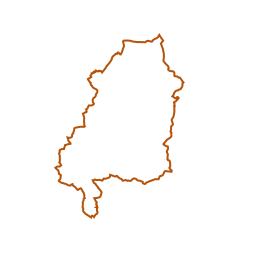 Rocafuerte, Manabi, Ecuador (Natural Earth projection), rotated 123°
{"feature_id": "8360857B52091379979635", "entity_name": "Rocafuerte", "entity_type": "district", "adm_level": 2, "iso_a3": "ECU", "parent_name": "Ecuador", "parent_adm1": "Manabi", "projection": "natural_earth1", "projection_center": [-80.385, -0.898], "detail": "fine", "context": "isolated", "style": "outline", "palette": "amber", "viewbox_px": 256, "rotation_deg": 123, "n_neighbors": 0, "source": "geoboundaries", "source_scale": "gbopen_adm2", "svg_char_len": 5873}
<svg xmlns="http://www.w3.org/2000/svg" viewBox="0 0 256 256"><g transform="rotate(123 128 128)"><path d="M221.3,108.0L220.7,108.1L218.2,108.0L217.3,107.5L216.5,107.3L215.9,107.4L215.3,107.6L215.0,107.8L214.7,108.6L213.9,109.3L211.7,110.5L211.3,110.5L211.3,110.8L211.6,111.5L211.1,111.3L210.4,111.3L209.9,111.7L209.7,112.5L209.2,113.3L207.8,113.4L207.4,113.6L207.2,114.0L207.0,115.1L205.8,117.0L205.3,118.0L204.6,117.3L203.9,116.3L202.7,115.1L201.4,114.1L200.8,113.9L199.8,114.0L198.0,114.5L196.2,115.2L195.2,117.6L194.4,120.7L194.1,120.8L193.8,121.5L193.5,122.4L193.4,123.2L192.6,124.7L192.6,125.4L192.6,126.3L192.5,126.8L192.2,127.4L191.0,129.1L190.3,128.2L189.2,127.7L189.1,126.8L189.0,126.4L188.3,125.2L187.4,124.3L187.1,123.7L186.5,122.2L186.4,121.2L184.9,120.7L183.7,120.9L183.4,120.5L182.9,119.3L180.7,117.5L179.5,116.7L178.2,116.7L177.9,116.9L177.0,117.5L176.3,115.1L176.2,114.0L176.0,113.3L175.3,111.8L174.6,111.5L174.2,111.2L174.2,110.9L174.5,109.9L174.7,107.8L174.7,106.9L174.4,106.2L174.4,105.9L174.4,105.5L175.1,103.6L173.5,102.2L172.9,101.7L172.5,99.5L172.2,99.4L171.7,98.9L171.4,97.6L171.0,97.2L170.3,96.7L168.0,96.2L167.5,96.0L166.8,95.0L166.4,94.0L166.3,93.4L166.6,92.4L166.6,91.2L166.3,90.2L165.6,88.9L165.4,87.2L165.1,86.5L166.3,85.3L165.8,83.4L165.3,83.0L164.2,83.0L163.8,82.9L162.7,82.0L160.3,80.6L159.5,79.7L158.2,78.9L157.4,78.2L156.3,77.6L156.0,77.2L155.6,76.4L154.3,74.5L151.2,75.0L150.4,74.6L150.0,73.9L149.6,73.7L148.5,73.2L147.8,73.2L146.5,73.4L145.2,73.5L144.3,73.5L143.9,73.4L143.6,73.0L142.5,70.5L141.9,69.7L141.4,68.3L141.0,67.7L140.0,68.1L139.8,68.5L139.4,70.7L139.1,71.4L138.6,71.7L137.5,71.5L137.1,71.7L134.3,73.7L133.0,75.0L132.8,75.5L132.8,75.9L133.2,76.5L133.2,76.9L132.7,78.0L131.7,78.3L130.1,79.5L128.5,80.1L127.6,81.4L127.3,82.0L126.7,82.6L125.7,82.9L123.8,83.0L123.2,83.3L122.5,84.1L121.9,84.4L122.3,85.9L122.5,88.0L122.5,88.7L122.2,89.5L121.1,89.5L120.0,89.2L119.0,89.2L117.9,88.9L116.6,89.0L115.0,88.1L114.2,87.9L113.1,87.4L111.9,87.1L111.1,87.2L108.7,89.0L108.1,89.1L108.1,90.0L107.9,90.4L105.5,91.2L104.6,91.9L103.0,92.7L100.7,92.2L100.0,92.7L97.6,95.7L97.1,95.9L94.3,96.0L92.4,96.5L90.7,97.2L88.1,98.5L87.5,99.1L86.5,99.8L84.2,100.8L84.4,101.3L82.4,102.1L81.9,103.0L81.5,103.4L81.0,103.4L80.2,102.8L79.6,102.6L79.0,102.3L78.1,102.4L77.2,101.9L76.7,102.0L75.6,101.8L75.3,101.9L75.0,103.0L75.1,103.4L75.5,103.7L76.5,103.6L77.2,104.4L77.4,104.7L77.2,106.7L77.3,108.0L75.3,107.8L73.5,108.4L70.9,108.1L70.3,107.8L69.9,107.4L69.3,106.6L69.1,106.6L68.1,106.2L66.9,105.2L66.5,105.0L66.0,105.2L65.0,105.0L63.5,105.1L62.5,105.6L60.7,106.8L60.4,106.7L60.5,106.4L59.6,106.3L59.6,106.5L59.4,106.8L58.5,109.4L57.8,110.9L57.5,111.8L57.8,112.6L58.1,112.9L58.0,114.8L59.0,116.8L59.0,117.5L58.4,117.9L56.6,119.1L56.2,119.5L55.9,120.8L56.1,121.4L57.3,123.7L57.4,124.9L57.4,125.7L57.0,126.1L56.6,126.4L55.8,126.4L54.8,127.2L54.3,128.1L53.5,132.0L52.4,134.8L51.7,135.3L49.8,136.1L48.5,136.8L46.2,138.4L44.0,140.6L42.9,141.5L39.3,146.4L35.6,146.1L34.2,149.7L32.9,152.5L35.5,152.3L37.3,153.0L38.9,154.2L40.9,154.9L42.4,154.9L42.7,155.1L43.9,158.6L44.3,159.2L45.4,159.8L46.7,160.2L47.6,161.8L49.1,164.2L49.6,165.3L50.5,166.2L53.0,171.4L53.4,173.2L54.7,175.7L56.7,178.7L57.1,179.2L57.9,179.3L58.4,179.0L60.8,176.6L61.1,176.2L61.9,175.8L63.9,175.5L67.7,174.4L70.3,174.2L70.4,174.4L70.5,175.0L70.0,176.9L70.1,177.5L71.7,177.5L71.9,177.6L71.9,178.3L72.2,178.6L73.2,178.9L74.2,179.0L75.7,179.6L77.7,179.7L79.5,179.0L83.5,179.0L84.6,179.2L86.9,179.4L87.2,179.7L89.5,179.5L92.4,179.6L95.6,180.0L94.9,181.4L95.2,181.8L95.6,183.4L95.9,183.6L96.4,183.4L96.9,184.0L97.2,185.0L97.2,186.0L97.4,186.5L98.1,186.3L98.8,185.9L99.5,187.4L99.9,187.4L100.5,186.8L101.8,188.2L102.1,187.8L104.5,188.0L105.2,186.6L106.1,187.1L107.0,187.3L108.4,188.2L108.8,188.3L109.5,187.1L110.3,184.9L110.5,183.8L110.9,183.8L110.9,183.7L112.1,182.4L112.2,182.0L112.2,181.2L113.0,179.9L113.2,178.0L112.9,176.5L112.9,174.9L113.0,174.5L113.8,173.7L115.0,173.2L116.7,173.3L119.1,172.5L120.3,172.6L121.8,173.3L123.2,173.1L123.8,172.8L125.4,171.6L126.1,170.3L126.2,169.8L126.6,169.7L127.6,170.0L128.9,170.8L129.4,171.3L129.9,172.4L130.4,173.1L132.0,173.0L133.4,172.7L134.7,172.9L135.3,173.3L136.0,172.3L136.7,171.7L137.3,171.5L137.6,171.6L137.9,172.1L138.3,172.5L139.6,173.1L140.3,173.5L140.6,173.6L141.2,172.7L142.1,171.7L142.7,170.9L143.3,170.3L146.6,168.3L148.6,166.8L149.5,166.2L150.1,165.1L150.7,165.3L151.2,165.8L152.2,167.6L153.1,168.9L154.0,169.7L156.3,172.2L156.7,172.5L157.5,172.8L157.9,172.7L158.5,172.3L159.9,171.7L161.2,171.6L162.1,171.0L163.9,171.3L165.4,170.4L165.8,170.3L166.7,170.5L167.3,170.8L168.5,172.4L168.9,173.6L169.1,173.4L169.8,172.2L171.0,171.3L171.2,171.0L172.1,167.9L172.4,167.7L172.6,167.6L173.0,168.0L174.0,169.3L175.7,170.6L176.4,171.4L176.7,171.4L177.9,170.9L179.2,170.8L180.4,170.2L181.7,172.0L182.3,172.3L183.1,173.1L184.0,173.1L184.5,173.0L185.2,172.1L186.4,172.1L187.1,171.8L187.4,171.5L187.9,170.6L188.4,170.1L192.6,167.3L193.5,166.9L194.3,166.9L195.0,164.9L195.6,164.1L195.8,163.7L197.5,164.3L198.9,166.4L200.9,167.2L201.4,165.0L201.5,163.4L202.8,161.9L204.0,161.0L204.2,160.6L204.2,160.3L203.9,159.2L204.2,158.6L204.4,158.4L205.4,158.1L206.6,157.3L208.6,157.0L209.3,157.4L209.8,157.4L210.1,157.2L210.2,156.8L210.3,156.0L210.1,153.6L209.5,152.4L209.4,151.2L208.8,150.0L208.6,147.1L207.8,145.2L207.6,144.9L206.8,144.8L206.1,144.6L205.3,144.0L205.8,143.5L206.2,142.7L206.3,140.2L207.1,137.6L207.3,136.3L205.3,135.5L204.3,134.8L204.3,134.4L204.9,133.2L205.5,132.1L206.5,129.8L206.8,129.5L207.4,129.1L207.9,128.2L209.3,127.3L210.0,126.6L210.3,126.1L211.1,126.5L211.6,126.6L212.7,125.9L215.1,125.4L216.4,124.4L217.6,123.7L219.0,123.1L219.5,122.5L219.8,121.8L221.7,120.7L222.2,120.1L222.5,119.4L223.0,117.3L223.1,116.1L223.1,110.3L222.6,110.5L221.2,110.5L221.0,109.9L221.0,109.1L221.2,108.4L221.3,108.0Z" fill="none" stroke="#b45309" stroke-width="2"/></g></svg>